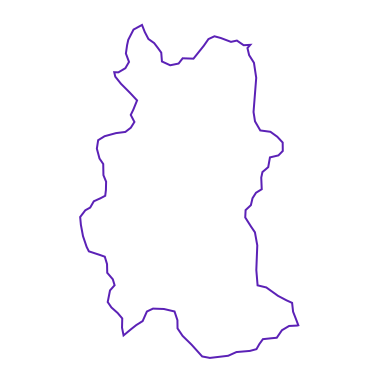 outline of Växjö, Kronoberg, Sweden, rotated 182°
{"feature_id": "70781695B32930756633279", "entity_name": "Växjö", "entity_type": "district", "adm_level": 2, "iso_a3": "SWE", "parent_name": "Sweden", "parent_adm1": "Kronoberg", "projection": "albers", "projection_center": [14.91, 56.945], "detail": "fine", "context": "isolated", "style": "outline", "palette": "violet", "viewbox_px": 384, "rotation_deg": 182, "n_neighbors": 0, "source": "geoboundaries", "source_scale": "gbopen_adm2", "svg_char_len": 1654}
<svg xmlns="http://www.w3.org/2000/svg" viewBox="0 0 384 384"><g transform="rotate(182 192 192)"><path d="M138.9,341.1L145.5,340.5L152.4,344.9L158.3,343.4L168.6,346.9L175.0,348.4L180.9,345.4L185.3,338.6L195.2,325.3L206.0,325.3L209.9,319.9L218.2,317.9L226.6,321.4L227.6,330.2L231.0,334.6L235.0,339.5L240.9,343.4L244.8,350.3L247.8,357.2L256.1,352.3L261.0,341.9L262.0,336.5L262.9,328.1L259.5,319.8L262.9,313.4L269.8,309.0L273.9,309.0L272.7,304.6L266.8,297.7L257.4,288.9L250.1,281.6L253.5,272.3L255.9,266.9L252.0,260.0L255.4,254.1L260.7,249.7L270.0,248.2L281.3,244.7L287.6,240.5L288.6,232.0L285.6,222.2L281.7,216.9L281.1,205.7L278.2,199.3L278.1,191.0L278.6,185.2L283.0,182.7L289.8,179.3L293.2,172.9L298.0,170.0L302.9,163.1L301.9,155.3L299.4,144.1L295.4,133.5L293.0,129.1L281.3,125.7L276.9,124.3L274.4,117.0L273.9,108.3L268.1,102.0L266.1,96.1L270.5,90.8L272.4,79.1L268.5,73.8L262.1,68.5L257.3,63.2L257.2,54.0L255.4,46.3L248.2,52.7L243.0,57.1L236.8,61.3L232.9,71.0L226.9,74.1L216.0,74.1L205.3,72.0L202.1,63.4L201.7,55.2L196.4,47.9L187.1,39.4L176.1,28.0L170.2,27.1L168.4,26.8L150.1,29.6L142.0,33.6L128.6,35.2L122.1,37.2L119.3,42.5L116.0,47.4L108.3,48.5L102.2,49.3L97.3,57.0L90.3,61.5L82.2,62.2L81.1,62.5L83.6,68.5L86.8,75.9L88.1,84.7L93.7,87.0L102.4,91.2L114.4,99.2L123.2,101.0L125.0,116.3L124.9,140.9L127.7,153.9L131.8,159.5L137.9,168.4L137.8,175.8L132.7,180.9L131.3,187.9L128.0,193.5L122.4,197.2L123.3,208.8L122.3,214.4L116.7,219.5L115.3,229.3L106.9,231.6L102.7,236.2L103.1,244.6L108.7,250.2L115.7,254.9L125.9,255.9L131.5,264.8L133.3,274.1L131.8,308.3L134.6,323.3L139.7,330.8L141.6,337.8L138.9,341.1Z" fill="none" stroke="#5b21b6" stroke-width="2"/></g></svg>